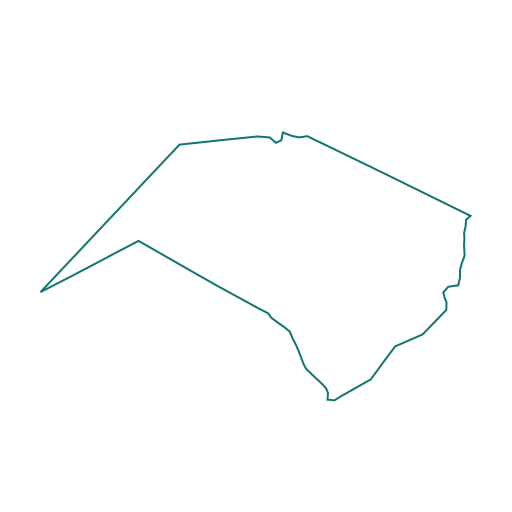 Cruz do Espírito Santo, Paraíba, Brazil (Natural Earth projection), rotated 281°
{"feature_id": "56859067B4098892245572", "entity_name": "Cruz do Espírito Santo", "entity_type": "district", "adm_level": 2, "iso_a3": "BRA", "parent_name": "Brazil", "parent_adm1": "Paraíba", "projection": "natural_earth1", "projection_center": [-35.118, -7.129], "detail": "fine", "context": "isolated", "style": "outline", "palette": "teal", "viewbox_px": 512, "rotation_deg": 281, "n_neighbors": 0, "source": "geoboundaries", "source_scale": "gbopen_adm2", "svg_char_len": 883}
<svg xmlns="http://www.w3.org/2000/svg" viewBox="0 0 512 512"><g transform="rotate(281 256 256)"><path d="M336.3,458.9L361.6,365.7L383.4,283.5L380.7,275.9L380.7,268.3L382.4,258.8L374.4,258.8L370.9,254.0L375.0,246.8L373.6,234.6L363.5,201.1L350.7,159.6L179.4,51.3L202.3,80.3L211.6,92.0L233.6,119.2L248.4,137.8L228.4,196.7L219.5,223.1L205.1,268.3L202.1,278.8L198.3,282.8L195.2,289.1L192.0,296.5L188.2,303.6L182.2,307.6L175.0,313.2L168.8,317.3L164.2,320.1L159.0,323.3L154.7,326.8L150.1,334.0L147.0,338.8L143.8,344.1L139.7,349.9L135.2,352.8L128.6,353.6L129.3,360.6L134.8,366.5L156.8,392.2L182.2,404.2L193.9,409.9L210.8,434.5L239.4,453.1L246.7,451.9L251.3,449.0L256.0,446.8L262.5,450.6L265.8,460.1L273.4,460.4L281.6,458.9L288.7,459.5L296.0,460.7L300.9,459.5L306.6,458.1L312.7,457.3L318.1,455.9L325.4,456.1L331.7,455.3L336.3,458.9Z" fill="none" stroke="#0f766e" stroke-width="2"/></g></svg>